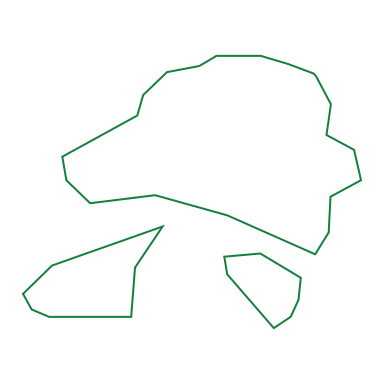 SVG path tracing the border of Hong Kong S.A.R.
{"feature_id": "HKG", "entity_name": "Hong Kong S.A.R.", "entity_type": "country or territory", "adm_level": 0, "iso_a3": "HKG", "parent_name": "Asia", "parent_adm1": "", "projection": "mercator", "projection_center": [114.112, 22.38], "detail": "fine", "context": "isolated", "style": "outline", "palette": "green", "viewbox_px": 384, "rotation_deg": 0, "n_neighbors": 0, "source": "natural_earth", "source_scale": "50m", "svg_char_len": 580}
<svg xmlns="http://www.w3.org/2000/svg" viewBox="0 0 384 384"><path d="M143.2,95.0L145.2,93.1L167.0,72.1L199.3,66.0L216.4,55.9L260.8,55.9L288.1,64.0L313.8,73.6L316.3,76.7L330.9,104.2L326.5,135.0L354.1,149.9L361.0,180.2L330.5,196.7L328.7,232.4L315.2,254.3L227.4,215.4L155.1,195.2L90.1,203.2L66.4,180.3L62.3,156.7L137.3,115.5L143.2,95.0ZM131.2,316.9L49.2,316.9L31.7,309.5L23.0,293.9L52.1,265.5L162.6,226.5L135.0,267.6L131.2,316.9ZM290.7,316.8L273.8,328.1L227.2,274.3L224.3,256.7L260.3,253.5L300.8,277.8L298.5,299.9L290.7,316.8Z" fill="none" stroke="#15803d" stroke-width="2"/></svg>